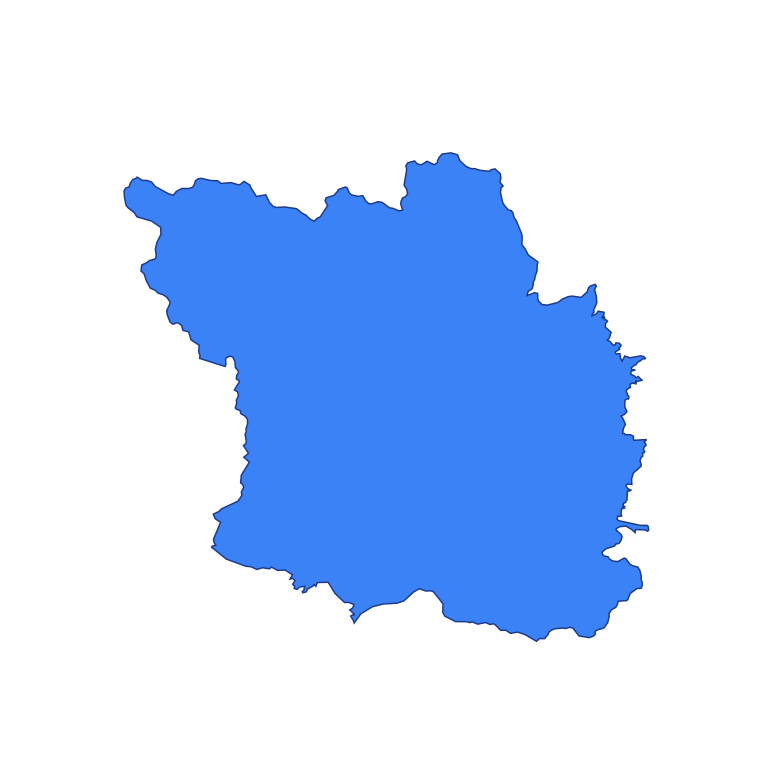 Ciuperceni, Gorj, Romania (Albers equal-area conic projection), rotated 192°
{"feature_id": "2599482B36533127285019", "entity_name": "Ciuperceni", "entity_type": "district", "adm_level": 2, "iso_a3": "ROU", "parent_name": "Romania", "parent_adm1": "Gorj", "projection": "albers", "projection_center": [22.982, 44.916], "detail": "fine", "context": "isolated", "style": "filled", "palette": "blue", "viewbox_px": 768, "rotation_deg": 192, "n_neighbors": 0, "source": "geoboundaries", "source_scale": "gbopen_adm2", "svg_char_len": 6156}
<svg xmlns="http://www.w3.org/2000/svg" viewBox="0 0 768 768"><g transform="rotate(192 384 384)"><path d="M339.8,613.5L343.8,612.8L349.0,613.8L356.2,618.2L359.7,623.5L366.7,624.0L375.0,621.0L377.1,617.3L378.0,613.9L378.0,611.2L380.5,609.0L388.2,610.8L393.2,606.1L397.2,606.2L400.5,608.5L406.6,605.4L408.0,602.2L406.4,598.4L405.7,582.7L402.2,579.1L400.4,574.5L402.3,571.3L404.5,569.9L405.3,566.3L405.0,563.4L401.9,558.0L405.3,556.4L411.6,557.7L415.2,557.5L423.8,561.3L427.8,561.1L433.4,557.7L436.1,557.2L439.7,559.1L443.9,563.8L448.6,562.1L455.4,562.3L457.5,563.6L461.1,568.5L462.8,568.6L469.2,564.6L469.1,563.5L472.1,558.2L479.3,554.1L479.7,551.0L476.2,546.8L481.1,534.2L484.0,532.1L486.1,528.7L490.8,530.0L495.3,532.9L499.2,533.9L506.0,537.3L517.8,536.5L526.1,534.3L529.3,534.7L533.6,537.6L539.0,544.5L547.8,540.9L555.3,548.6L556.4,550.6L563.0,553.1L565.8,549.5L568.0,548.6L575.4,549.2L585.1,546.3L588.9,548.2L596.0,547.0L605.4,547.2L608.5,546.1L610.6,543.8L611.1,539.2L612.1,536.7L615.4,534.7L622.4,533.2L627.1,529.3L629.4,524.8L634.3,525.3L648.9,529.6L653.4,533.3L658.5,533.8L662.6,532.9L668.5,535.0L668.8,534.1L672.2,531.6L673.8,528.3L674.4,523.6L677.3,522.0L678.5,518.9L676.6,512.5L673.6,505.4L671.2,503.3L663.8,499.6L660.3,496.1L645.3,495.1L635.0,490.8L633.3,483.9L635.6,475.2L635.6,468.1L633.7,463.0L633.4,459.9L634.6,458.2L639.3,455.9L641.1,453.5L645.7,450.1L645.2,444.0L641.6,441.9L638.0,435.8L632.6,429.2L626.9,428.0L624.0,425.9L618.8,425.4L614.6,423.8L610.4,419.9L610.1,418.1L611.8,410.5L610.6,407.0L606.3,400.3L602.9,398.6L599.3,400.8L597.8,400.9L594.1,399.2L591.9,394.7L585.9,394.4L582.0,387.1L572.8,383.5L572.2,378.3L571.3,375.5L570.1,374.3L569.6,370.7L543.1,368.1L542.7,370.1L544.1,375.4L543.9,376.7L541.1,378.9L538.5,379.2L537.2,378.6L534.5,375.0L532.8,369.3L529.1,366.3L528.8,364.4L529.8,361.9L529.6,358.4L526.5,357.1L526.0,355.9L529.1,347.1L525.4,345.8L523.9,342.0L525.1,337.7L524.1,334.5L524.5,329.6L523.1,328.6L519.4,328.3L517.7,325.1L513.5,323.8L510.3,321.3L509.1,316.5L509.7,311.5L508.8,308.6L509.4,306.0L506.6,298.6L506.9,296.8L508.7,294.6L502.2,288.0L505.9,283.3L499.5,279.6L504.6,265.1L503.7,257.5L501.3,256.3L499.7,253.6L501.1,248.7L499.9,245.5L502.4,239.1L517.2,227.9L518.7,225.2L523.9,221.2L521.2,217.2L515.1,214.7L518.5,196.7L517.2,193.6L515.0,191.3L518.5,189.5L518.7,188.5L501.7,179.9L481.0,177.0L476.1,177.6L469.7,176.2L464.7,179.0L457.7,179.4L455.9,181.5L449.6,179.6L442.0,181.4L433.9,178.4L435.4,173.6L432.8,174.9L430.2,173.1L431.7,169.1L429.0,167.2L429.4,165.3L426.3,165.0L424.4,167.9L419.4,169.5L419.5,166.1L420.8,163.8L420.0,162.9L417.1,164.3L415.9,167.7L411.6,171.5L410.6,173.4L408.6,171.9L407.9,175.9L397.4,178.5L388.4,169.0L377.2,162.1L373.3,163.0L367.5,162.1L368.0,158.4L370.5,155.9L365.5,152.8L365.0,152.0L366.7,151.6L368.4,150.0L364.8,146.3L363.5,144.0L358.9,154.4L348.9,163.8L339.2,168.6L325.7,172.3L319.3,176.1L311.9,186.6L306.9,191.1L300.2,190.2L294.9,191.5L292.5,191.0L280.6,181.3L279.1,173.0L276.2,169.5L264.6,166.5L253.7,168.7L250.6,168.4L248.3,169.6L242.3,168.6L235.1,171.8L230.3,170.8L227.3,172.2L225.2,171.7L218.7,167.3L213.5,168.4L208.4,166.4L201.9,169.1L194.1,168.3L181.3,164.0L179.0,167.3L174.0,168.3L171.5,173.0L171.2,175.4L169.0,178.1L166.0,180.1L158.3,182.5L155.6,182.5L151.7,184.7L148.3,184.4L140.9,178.1L130.6,178.6L127.0,180.7L125.3,183.2L126.1,186.0L123.9,188.0L118.7,190.7L117.5,192.4L115.6,197.2L115.4,203.7L116.2,206.2L114.4,210.7L111.0,213.5L109.9,216.5L109.8,220.2L101.6,222.6L100.7,223.9L99.9,229.1L98.8,231.3L93.9,236.6L90.0,237.6L89.5,240.6L90.3,243.9L91.8,246.0L92.4,249.5L94.9,254.7L97.5,257.6L104.1,258.1L106.2,259.0L111.0,263.4L112.8,263.7L118.4,258.9L123.3,258.4L127.0,259.6L128.9,261.6L132.9,261.5L134.8,262.8L135.8,264.8L132.8,268.9L124.8,273.4L124.1,275.6L121.2,276.8L119.9,279.2L119.3,283.7L120.4,285.8L126.9,289.7L126.4,291.2L123.6,293.5L117.8,295.3L111.2,293.1L107.5,290.9L107.6,293.5L107.0,294.0L98.4,295.6L95.7,294.8L94.7,295.9L96.0,299.7L97.3,300.4L104.0,299.0L126.1,299.1L127.9,300.2L127.9,303.3L124.1,304.2L125.2,306.4L125.8,311.2L123.2,312.5L124.8,313.2L123.1,314.1L124.8,314.8L124.9,317.0L123.0,318.4L123.1,319.6L122.2,321.0L123.5,329.2L123.3,330.3L121.6,330.3L120.4,331.5L123.7,332.3L125.9,334.2L126.3,335.5L124.7,336.9L120.7,337.3L122.1,342.6L121.6,348.8L115.6,356.8L115.6,358.5L117.7,362.4L117.2,365.7L115.9,367.1L116.7,370.1L115.2,370.9L114.9,372.2L116.7,373.9L116.4,376.5L114.9,378.4L115.5,379.9L117.4,381.2L115.8,383.8L116.2,384.1L127.8,380.9L128.5,381.7L129.1,384.7L132.4,385.6L137.6,384.6L138.4,385.5L140.3,385.4L140.6,390.4L139.4,394.7L143.3,400.1L145.5,401.9L142.4,404.4L140.6,407.3L143.8,411.9L144.9,418.2L143.4,419.8L141.9,420.1L141.6,421.6L142.2,423.2L143.7,423.6L143.9,425.3L145.1,426.0L145.5,427.4L145.1,429.4L142.3,431.9L143.4,434.9L141.1,436.6L137.6,436.5L137.5,438.4L138.5,438.2L138.2,439.5L137.1,439.1L132.4,441.3L136.9,444.2L138.8,442.4L140.6,443.9L144.7,444.9L144.9,447.9L141.0,450.0L144.8,449.7L145.5,451.2L142.9,454.6L141.5,455.2L140.6,457.7L137.0,461.1L136.6,462.4L134.1,462.7L133.7,463.7L136.0,464.9L138.6,464.9L148.9,460.8L154.2,461.5L155.9,455.9L158.1,458.6L159.6,462.8L163.2,461.6L164.6,463.3L160.8,466.9L161.8,467.9L160.3,469.9L160.3,471.5L162.5,472.8L165.7,472.5L166.1,470.3L168.0,469.6L171.9,472.7L174.8,473.4L173.2,475.7L172.6,481.8L179.3,485.6L179.9,489.1L178.4,491.9L180.0,492.9L181.6,492.6L182.3,494.3L184.4,494.1L184.4,495.5L182.3,494.9L183.8,497.5L183.3,498.5L183.7,499.9L189.7,499.7L190.5,497.1L194.6,493.9L194.7,496.1L193.4,498.0L194.3,499.6L192.8,507.9L194.5,513.9L197.8,520.4L196.6,523.9L198.2,525.4L202.9,522.5L204.0,520.2L204.5,516.3L209.1,509.7L218.2,509.1L222.1,507.7L227.1,504.2L230.9,499.9L240.7,495.1L246.1,494.6L250.1,497.2L251.3,499.4L252.6,504.6L255.7,504.6L262.5,500.2L262.3,504.2L258.9,508.2L258.6,512.2L259.3,514.4L258.3,517.6L258.6,519.9L257.8,526.3L258.9,532.0L258.8,535.4L269.6,540.1L274.2,545.7L278.1,548.9L279.4,556.6L280.6,559.6L288.9,571.7L291.2,573.6L293.6,578.4L295.5,580.0L298.5,580.1L303.2,583.5L305.8,586.4L309.9,595.5L310.3,600.3L308.7,602.3L312.6,605.6L312.5,609.8L314.0,613.9L320.2,617.5L323.9,615.8L324.9,614.0L334.7,613.0L339.8,613.5Z" fill="#3b82f6" stroke="#1e3a8a" stroke-width="1.5"/></g></svg>